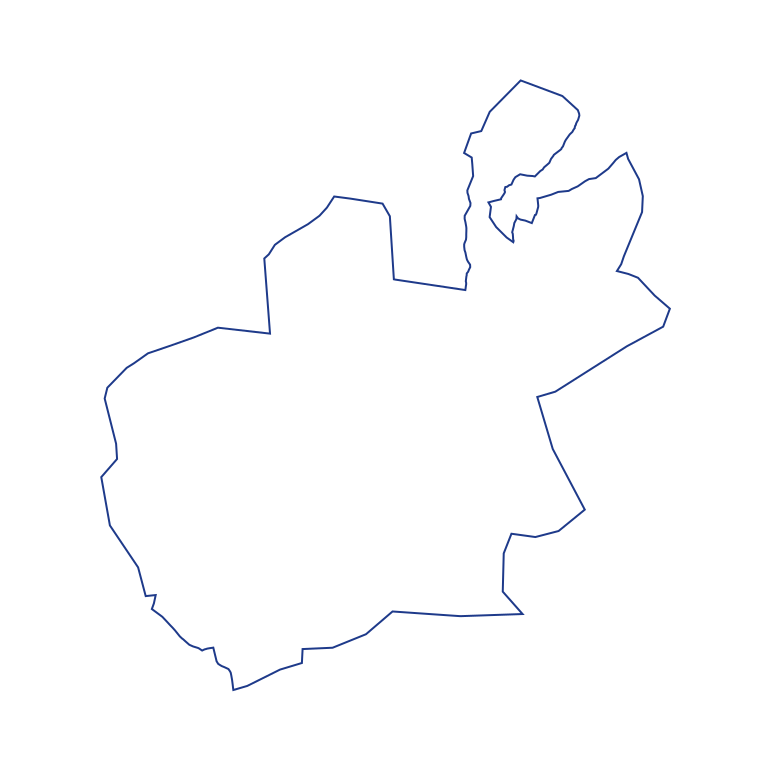 Ido-Osi, Ekiti, Nigeria, rotated 80°
{"feature_id": "59680162B17555212909244", "entity_name": "Ido-Osi", "entity_type": "district", "adm_level": 2, "iso_a3": "NGA", "parent_name": "Nigeria", "parent_adm1": "Ekiti", "projection": "robinson", "projection_center": [5.146, 7.853], "detail": "fine", "context": "isolated", "style": "outline", "palette": "blue", "viewbox_px": 768, "rotation_deg": 80, "n_neighbors": 0, "source": "geoboundaries", "source_scale": "gbopen_adm2", "svg_char_len": 3125}
<svg xmlns="http://www.w3.org/2000/svg" viewBox="0 0 768 768"><g transform="rotate(80 384 384)"><path d="M634.6,287.5L609.1,303.1L571.6,295.5L553.6,284.5L561.0,261.5L559.1,237.6L542.6,208.1L477.3,229.1L423.4,235.3L421.3,216.6L389.0,138.2L376.0,99.1L359.5,89.4L343.9,102.1L323.5,115.4L318.7,123.2L318.0,124.4L313.2,135.0L307.2,129.6L299.9,125.6L259.5,100.0L243.9,96.5L226.7,97.3L204.7,104.5L198.5,105.1L201.3,113.0L203.6,116.9L206.1,119.8L210.9,125.7L215.1,134.0L218.0,139.7L217.8,146.5L219.2,150.7L223.0,158.9L224.6,165.2L225.9,168.6L225.1,179.1L226.6,186.5L227.9,198.1L227.8,200.6L235.0,201.1L236.4,201.4L242.8,204.4L243.8,205.2L243.8,206.0L251.2,210.5L247.6,216.5L245.8,221.0L244.2,223.2L241.9,224.3L244.6,225.0L248.1,227.7L251.1,228.8L255.3,230.7L256.8,231.4L258.5,231.1L262.4,231.5L263.6,231.7L265.6,231.5L266.8,232.1L261.0,237.8L248.9,246.3L238.0,251.0L228.1,247.9L223.3,249.6L222.8,243.8L222.4,236.7L221.3,236.3L218.3,233.4L217.0,232.2L215.9,231.5L214.0,231.7L212.3,230.9L211.1,230.3L211.1,228.4L210.0,226.4L209.7,223.9L205.3,220.9L203.1,218.7L201.1,213.5L203.7,206.8L205.0,201.5L205.8,199.4L201.4,193.1L200.3,190.5L198.4,188.7L196.6,185.6L194.9,182.8L191.3,180.4L188.8,177.7L187.8,176.9L186.4,174.2L184.5,170.5L183.5,168.7L182.4,168.0L181.1,166.5L176.7,163.8L175.1,162.5L170.4,157.7L168.5,154.8L166.4,153.1L165.1,151.7L164.3,151.6L163.2,150.9L162.7,150.8L162.2,150.1L160.9,149.6L159.5,148.6L157.6,147.0L153.6,145.0L151.5,144.9L150.0,145.2L148.0,145.5L131.4,158.3L108.8,196.7L134.3,232.6L151.4,244.0L151.8,244.3L152.4,254.7L170.4,265.0L176.2,258.3L183.1,258.9L194.7,260.1L207.8,268.3L210.3,268.6L213.5,268.1L216.4,268.2L220.8,267.4L223.6,268.1L231.6,274.7L232.3,275.3L235.3,275.9L239.0,275.7L243.1,275.7L244.8,275.8L247.5,276.3L250.8,277.0L253.6,277.5L256.1,278.2L259.0,280.1L260.4,280.8L262.8,281.2L266.2,281.4L268.7,281.0L273.1,280.9L275.0,280.8L275.9,280.7L278.2,280.0L280.3,279.0L281.5,278.5L283.9,278.8L285.9,280.3L286.8,280.9L288.0,281.6L289.4,283.2L289.8,283.4L291.3,283.7L292.4,284.2L295.7,285.2L297.1,285.6L298.1,285.5L299.2,285.6L299.8,285.7L300.5,285.9L301.9,286.4L303.9,287.0L305.6,287.6L283.1,354.9L282.6,356.1L219.8,349.1L206.1,354.1L195.8,384.3L195.6,384.9L190.7,400.5L200.4,409.6L207.1,418.3L213.4,431.1L222.3,455.9L228.0,467.3L236.3,474.9L239.6,480.1L314.6,487.5L299.7,537.8L305.1,563.1L309.4,589.1L312.8,611.1L320.1,626.5L323.4,634.6L339.6,657.1L349.8,661.6L396.3,658.2L411.5,659.9L426.6,678.6L475.7,678.5L521.9,658.0L551.5,655.5L552.2,645.5L560.1,648.7L565.3,651.7L573.3,644.1L574.8,642.7L584.8,636.2L586.7,634.9L587.3,634.5L590.2,632.7L596.0,629.5L597.1,628.9L599.1,627.4L600.0,626.7L600.4,626.2L603.0,624.2L605.0,622.6L607.0,621.0L609.3,617.6L611.7,612.9L612.3,612.1L614.9,609.4L614.2,606.8L614.1,605.4L613.9,604.1L613.9,601.9L614.0,597.9L626.5,597.1L628.1,597.0L628.5,596.8L630.8,595.9L632.2,594.4L633.6,592.8L635.1,590.4L637.7,586.7L640.1,585.6L641.6,585.1L644.7,585.0L649.1,585.0L653.5,585.2L656.9,585.4L659.2,585.5L657.6,571.1L647.2,536.0L644.5,513.3L630.9,510.2L634.8,480.4L627.3,445.2L609.5,415.1L619.5,374.9L625.9,349.1L634.6,287.5Z" fill="none" stroke="#1e3a8a" stroke-width="2"/></g></svg>